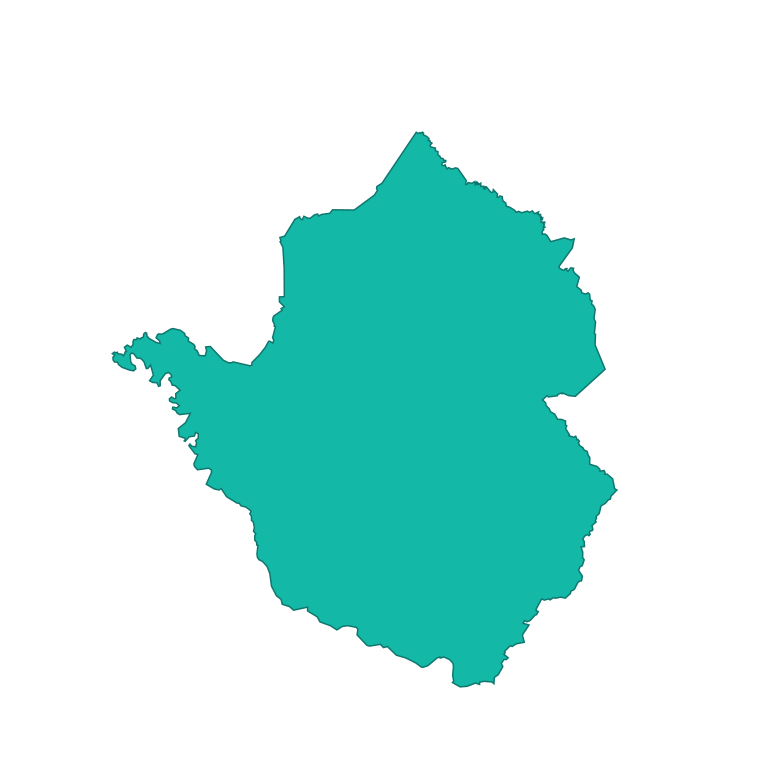 Kosum Phisai, Maha Sarakham, Thailand (Mercator projection), rotated 294°
{"feature_id": "78962969B36169565655926", "entity_name": "Kosum Phisai", "entity_type": "district", "adm_level": 2, "iso_a3": "THA", "parent_name": "Thailand", "parent_adm1": "Maha Sarakham", "projection": "mercator", "projection_center": [103.006, 16.27], "detail": "fine", "context": "isolated", "style": "filled", "palette": "teal", "viewbox_px": 768, "rotation_deg": 294, "n_neighbors": 0, "source": "geoboundaries", "source_scale": "gbopen_adm2", "svg_char_len": 6171}
<svg xmlns="http://www.w3.org/2000/svg" viewBox="0 0 768 768"><g transform="rotate(294 384 384)"><path d="M139.1,568.0L138.3,576.7L141.7,583.0L148.0,589.2L148.4,593.5L150.6,592.7L153.1,596.4L155.7,603.8L154.9,606.3L160.9,604.2L165.1,606.6L174.1,607.5L176.5,604.8L181.1,605.7L182.0,607.8L184.4,608.8L185.8,603.5L187.8,604.0L188.8,602.9L196.2,605.8L196.3,607.8L200.5,610.6L205.1,617.2L211.0,612.5L222.8,614.5L222.0,608.4L225.1,608.7L224.9,611.2L227.3,613.7L234.6,616.1L235.3,617.2L238.9,617.5L238.7,615.2L240.5,614.6L251.7,615.4L251.8,618.4L254.8,622.1L254.3,623.5L257.6,625.6L258.2,628.0L261.1,632.0L262.1,636.7L268.4,639.5L270.7,639.0L273.7,641.4L281.2,641.8L283.6,642.9L284.5,644.5L289.1,643.4L292.9,637.6L296.8,637.4L298.7,639.0L304.8,638.4L306.2,636.1L311.3,633.9L315.3,630.2L317.0,633.3L321.6,630.9L323.4,628.5L327.7,629.6L329.2,631.5L328.8,632.9L330.5,633.5L331.4,632.2L333.5,632.1L334.8,633.9L336.1,634.0L339.3,631.6L344.3,633.9L345.2,632.5L347.6,632.8L349.3,631.7L353.3,633.3L360.9,631.8L365.1,634.8L369.4,636.0L370.9,637.6L373.9,637.0L381.9,639.9L382.2,637.3L390.4,631.4L392.4,624.4L391.4,622.3L393.2,621.9L394.5,620.2L392.1,616.7L393.9,615.9L395.3,612.2L394.4,604.5L400.6,601.9L401.8,599.6L405.0,597.1L405.2,593.4L406.7,591.6L407.4,587.6L409.6,585.5L411.2,585.8L412.1,583.8L411.6,583.1L414.3,580.4L412.5,578.9L412.0,573.8L413.1,574.0L417.2,568.0L420.1,568.0L420.5,566.4L424.0,564.9L423.9,560.8L422.4,557.0L425.9,552.2L426.4,547.3L428.5,545.1L430.2,540.9L432.7,539.2L433.9,535.3L439.8,537.7L439.0,539.4L443.8,547.2L444.9,546.9L447.5,549.2L447.5,550.6L448.4,550.7L448.6,557.8L450.6,563.8L487.4,580.0L505.6,560.9L515.4,557.0L515.8,555.6L526.6,552.1L529.2,549.2L538.1,546.6L540.8,543.6L541.3,541.2L544.7,540.2L544.6,538.2L549.7,535.3L550.3,533.4L548.1,531.5L547.7,527.6L549.9,526.0L551.4,520.4L561.0,519.0L563.1,512.5L565.1,510.3L566.8,510.2L566.1,507.4L561.8,506.1L562.5,504.1L563.8,504.2L563.1,502.8L560.9,502.0L561.0,497.8L562.2,496.0L585.0,500.7L594.0,498.7L591.6,496.2L590.8,489.3L581.9,478.5L586.1,472.2L586.5,470.2L585.2,467.4L588.0,466.5L589.9,467.2L590.9,466.1L592.8,467.2L592.9,465.5L594.5,465.8L595.6,464.1L596.4,465.3L597.3,465.0L595.7,461.8L598.2,460.3L598.5,461.8L600.5,461.3L599.4,459.5L601.1,459.4L601.0,457.8L602.5,458.0L601.6,455.4L604.0,455.2L600.8,452.3L602.5,449.1L600.0,447.2L600.2,444.6L596.4,440.1L596.5,437.0L594.6,434.5L595.8,432.8L596.6,427.5L596.3,423.2L598.7,421.8L599.8,417.9L603.3,415.8L602.8,413.2L601.1,412.8L600.8,411.2L603.7,410.5L606.0,404.8L603.4,405.5L602.6,403.7L605.8,397.3L605.2,396.2L603.8,397.2L602.9,395.6L605.2,394.7L603.9,391.9L606.8,390.7L604.7,389.4L604.3,387.8L605.7,388.4L606.4,386.6L603.3,386.2L605.9,384.7L603.1,382.7L602.2,378.8L600.6,378.9L599.5,377.4L603.4,376.3L610.9,363.8L610.6,361.5L608.0,358.8L607.9,355.0L606.1,353.8L609.1,350.6L607.5,349.5L607.6,347.6L609.8,347.2L612.0,350.0L613.3,349.5L612.7,347.7L613.9,346.3L613.4,343.8L614.9,342.3L615.3,340.0L618.2,338.8L618.0,336.2L620.5,334.9L619.5,330.5L620.8,329.0L623.6,329.8L623.8,327.8L625.0,326.9L624.4,325.4L626.3,325.4L627.5,322.6L627.7,318.4L629.3,318.1L629.7,316.7L628.1,315.8L628.3,314.7L626.7,313.0L627.1,311.1L566.5,300.5L561.6,297.2L559.3,297.8L558.4,299.3L552.6,298.4L530.8,286.0L522.2,266.1L517.9,265.1L513.5,258.0L511.0,256.1L512.2,254.2L510.3,251.7L505.4,249.2L504.5,247.1L504.6,242.6L500.8,242.6L500.9,240.4L502.5,238.8L498.1,235.6L478.7,233.1L475.5,229.3L472.6,231.8L471.7,231.2L467.8,236.0L449.0,245.8L423.3,257.4L421.0,253.0L416.5,255.1L414.0,261.6L411.0,259.3L409.9,260.9L401.2,255.6L399.2,255.7L396.5,256.6L394.1,259.5L392.1,260.3L392.3,261.5L380.9,263.4L379.3,265.5L376.2,265.8L376.6,261.9L375.9,261.2L369.2,260.7L360.1,258.4L349.8,254.6L348.0,255.6L346.2,254.5L342.8,237.1L341.2,235.9L340.1,232.7L340.4,227.4L347.6,210.0L345.3,206.0L342.2,208.4L337.0,209.2L334.9,203.6L338.4,199.7L339.1,196.5L341.2,196.3L342.8,194.1L343.6,187.7L346.4,186.8L347.2,182.7L349.1,181.3L350.2,176.2L348.9,168.9L347.6,167.0L339.3,161.1L338.2,157.9L336.9,157.0L333.5,157.0L332.1,161.4L330.0,163.1L329.3,159.2L330.0,151.0L331.5,147.9L333.9,146.5L334.0,145.1L332.1,144.2L328.7,145.0L327.4,143.4L326.0,143.3L325.7,139.7L323.9,140.0L323.0,137.5L320.6,137.4L318.0,138.7L314.7,138.0L315.1,133.6L312.1,131.9L308.9,135.4L308.4,134.6L303.9,134.6L304.5,132.0L303.4,129.0L304.5,127.3L303.5,126.7L303.4,124.6L301.2,123.5L301.0,126.3L298.2,125.5L295.7,126.8L294.5,128.9L295.5,131.9L293.8,133.5L292.7,137.8L293.2,145.9L294.2,149.9L296.8,151.1L299.3,149.3L299.7,145.7L301.3,143.6L307.2,140.2L309.5,140.7L309.9,143.0L307.2,147.8L308.4,150.8L307.8,153.4L306.5,155.9L301.4,160.6L302.1,161.9L306.3,163.1L298.3,169.7L291.6,168.5L291.3,172.0L292.8,176.1L290.2,179.0L291.4,180.3L295.9,178.2L304.5,180.0L306.8,182.4L306.1,185.6L304.2,187.2L302.0,185.3L300.3,185.8L299.6,188.2L296.8,191.0L297.6,193.9L295.4,200.2L290.5,197.7L286.2,199.7L285.3,198.3L285.7,195.2L283.1,194.0L281.3,195.0L281.0,198.6L282.2,201.9L280.9,205.9L277.9,204.3L277.0,200.5L275.1,200.9L275.0,204.5L273.3,206.9L272.9,209.7L278.4,219.0L267.8,218.4L259.6,214.2L252.9,218.2L253.5,224.1L252.5,225.1L250.8,224.6L250.7,225.6L256.5,227.5L259.4,232.0L263.1,231.5L263.1,234.5L259.1,236.3L255.7,234.9L254.0,236.7L250.0,237.5L249.0,233.8L250.2,231.2L248.3,230.8L243.4,239.7L243.8,242.7L233.7,242.8L231.7,244.3L229.8,248.5L235.7,258.0L235.4,261.2L232.9,262.4L220.1,262.4L219.1,271.5L220.1,276.5L222.3,277.7L217.0,286.1L215.4,298.2L216.2,300.2L214.5,303.0L215.4,307.7L214.1,313.6L213.5,314.4L210.8,314.2L209.3,316.7L205.5,318.4L204.8,320.7L199.9,324.1L196.5,324.6L194.9,327.8L192.7,327.7L188.6,329.6L187.7,332.0L185.1,333.2L185.4,334.4L177.0,337.1L174.1,338.9L172.6,341.2L172.5,345.2L169.7,351.5L164.4,356.8L153.5,363.5L146.8,371.9L145.4,377.6L141.4,380.6L142.2,388.3L140.6,393.4L149.1,405.0L145.6,406.5L144.1,417.8L140.6,422.3L141.4,433.4L140.2,441.0L145.5,444.5L148.4,449.0L150.4,457.5L149.5,459.8L143.8,461.5L138.3,474.8L138.8,477.6L144.7,486.6L143.0,490.7L145.5,493.9L141.3,505.6L142.6,515.3L142.1,526.5L140.6,533.1L140.9,534.7L144.6,538.7L155.5,544.0L157.3,546.1L156.5,546.8L159.0,549.8L158.9,556.2L156.9,560.6L153.9,562.5L145.8,565.2L141.0,568.5L139.1,568.0Z" fill="#14b8a6" stroke="#0f766e" stroke-width="1.5"/></g></svg>